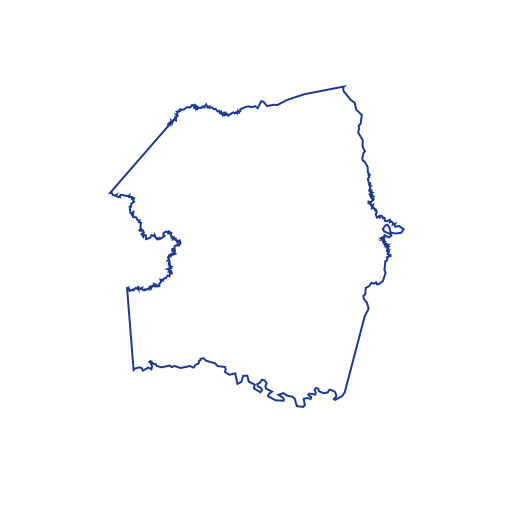 Miraflores, Guaviare, Colombia, rotated 329°
{"feature_id": "7082276B64059951678143", "entity_name": "Miraflores", "entity_type": "district", "adm_level": 2, "iso_a3": "COL", "parent_name": "Colombia", "parent_adm1": "Guaviare", "projection": "albers", "projection_center": [-71.841, 1.327], "detail": "fine", "context": "isolated", "style": "outline", "palette": "blue", "viewbox_px": 512, "rotation_deg": 329, "n_neighbors": 0, "source": "geoboundaries", "source_scale": "gbopen_adm2", "svg_char_len": 6108}
<svg xmlns="http://www.w3.org/2000/svg" viewBox="0 0 512 512"><g transform="rotate(329 256 256)"><path d="M318.2,363.6L325.4,359.2L327.0,353.2L326.4,348.1L327.4,345.6L330.0,345.0L333.6,339.9L337.4,340.1L341.0,338.5L343.3,340.6L345.4,340.4L345.1,342.5L346.3,343.4L351.9,342.8L358.6,336.9L358.9,334.2L364.1,327.1L365.2,327.5L367.7,325.6L367.5,324.6L371.6,325.2L371.6,324.1L370.1,324.1L370.7,322.8L369.9,322.2L370.9,320.6L373.0,321.0L370.8,319.4L372.1,317.9L373.2,318.5L372.6,316.7L374.3,316.4L372.9,315.3L374.6,314.8L373.1,314.4L374.7,313.9L374.2,312.7L372.8,313.9L372.0,312.8L372.8,312.1L372.2,311.0L373.5,310.4L371.5,308.9L374.0,309.7L374.2,307.9L372.3,306.9L374.6,306.6L372.2,305.1L373.7,304.9L375.0,306.1L376.9,304.2L379.6,308.6L382.7,308.1L382.6,306.7L378.5,300.8L378.7,298.1L382.8,296.4L384.7,296.9L385.0,300.3L383.5,305.2L387.0,308.5L392.3,310.9L396.3,309.1L394.2,304.1L390.5,302.6L390.6,300.8L392.0,300.0L389.5,299.5L390.6,298.7L389.7,296.0L388.1,295.9L389.2,293.9L385.7,293.5L384.6,292.2L385.7,289.4L384.3,288.8L384.8,287.3L383.9,285.7L382.7,285.4L383.0,286.4L381.9,286.8L381.6,285.4L379.5,285.4L379.8,282.4L382.9,279.8L381.9,280.0L382.7,278.6L382.5,277.5L381.6,277.7L381.7,275.1L380.0,274.8L382.3,272.5L380.8,272.7L381.2,270.6L379.6,268.4L380.2,267.7L380.4,268.8L380.9,267.9L382.8,269.0L386.0,268.1L386.6,266.7L384.9,266.9L384.9,263.7L386.9,264.5L385.7,262.1L387.2,262.8L386.9,260.4L388.2,261.0L387.0,258.6L388.6,258.8L387.7,257.5L389.2,256.3L389.6,253.8L390.6,254.4L390.1,252.8L391.3,252.4L390.4,251.1L391.7,247.3L393.7,246.8L394.1,244.8L395.4,245.0L394.9,242.2L397.6,237.0L397.7,230.8L396.7,229.5L397.5,226.9L401.6,222.8L403.3,222.4L403.7,217.2L407.1,211.8L407.2,202.7L410.4,199.4L411.0,197.3L413.9,196.4L419.3,189.7L417.3,182.1L419.6,175.2L417.7,171.5L416.0,160.1L417.3,156.5L418.8,156.1L381.0,142.3L363.4,138.3L352.2,137.6L348.9,135.4L342.7,133.2L341.9,127.7L340.3,125.9L333.6,130.2L332.6,127.3L328.4,125.9L327.2,124.2L324.2,123.0L318.1,122.2L317.5,123.6L316.4,123.6L316.5,122.8L315.8,123.8L315.6,123.0L315.2,124.1L314.3,123.0L313.8,123.5L313.9,122.7L312.9,122.6L313.2,123.4L311.1,122.7L310.3,121.1L305.3,121.3L304.6,119.9L304.2,120.6L303.9,119.6L302.1,119.3L303.1,118.1L301.7,118.4L302.1,117.4L300.5,118.1L300.8,117.2L300.1,117.7L299.8,116.7L299.3,117.5L300.3,114.4L298.7,114.7L299.2,112.8L297.6,112.3L297.0,108.8L295.4,108.4L294.7,105.9L292.5,105.0L293.2,103.8L290.9,103.6L291.4,100.4L288.9,101.4L287.9,100.8L288.0,101.7L286.3,100.5L285.2,101.0L282.4,98.3L282.2,99.8L281.4,99.9L281.4,99.1L280.1,99.3L280.7,97.5L279.4,97.2L280.2,95.9L281.9,96.3L281.3,94.7L279.9,94.9L278.9,93.7L277.3,94.6L275.0,94.2L273.9,93.0L269.2,93.2L266.9,91.5L266.9,92.2L264.6,91.7L264.8,92.5L262.9,91.8L263.2,92.5L261.2,93.5L261.1,94.6L260.5,93.9L260.6,95.3L258.9,96.2L258.4,95.3L257.5,96.4L258.2,97.1L257.2,98.7L255.7,96.7L253.4,98.4L253.1,96.4L252.1,98.5L251.8,97.2L250.6,97.3L251.2,97.9L250.2,99.4L249.5,96.9L249.1,98.9L248.1,98.4L247.7,99.4L163.3,126.8L164.9,127.6L164.6,129.6L166.0,131.4L167.9,131.6L166.9,132.1L167.5,133.5L169.7,135.5L170.1,134.3L171.6,133.9L177.4,139.0L178.8,138.7L177.7,140.1L179.7,141.3L179.0,143.1L179.8,143.5L180.0,142.5L181.4,143.6L179.1,145.4L179.4,146.7L175.9,147.0L174.4,149.3L173.1,148.7L170.5,154.6L171.3,155.6L172.5,155.3L171.6,156.2L172.9,156.0L170.6,159.2L173.1,161.0L173.0,164.3L174.6,165.6L173.1,166.8L174.5,168.2L171.3,172.4L171.6,174.1L169.4,173.8L169.6,174.8L172.3,176.0L172.0,178.0L169.2,178.1L169.3,181.1L170.8,179.3L171.2,181.3L172.1,181.4L170.5,185.0L174.9,185.8L177.2,184.3L179.0,187.0L179.9,185.8L179.6,188.9L180.1,189.8L181.2,189.4L179.9,190.7L181.2,191.6L182.8,190.9L183.0,192.0L187.9,191.8L187.3,190.3L188.5,188.8L191.3,188.7L192.7,190.2L192.4,191.5L193.4,191.6L194.0,190.2L194.5,191.1L193.7,191.7L195.2,192.7L193.6,193.9L193.5,195.3L194.4,196.4L195.1,196.0L193.4,197.0L195.0,197.6L193.3,199.0L196.1,199.6L195.3,200.9L196.5,202.1L195.9,202.7L198.7,203.4L198.4,204.3L197.5,203.2L197.0,203.4L197.9,206.1L194.9,207.6L195.7,206.7L195.2,205.2L194.5,206.7L192.2,205.5L190.6,206.3L189.6,208.6L189.2,207.3L187.7,206.9L187.0,208.1L188.4,208.7L188.4,210.0L187.6,209.9L188.1,212.6L185.1,212.0L185.8,210.9L184.5,210.6L183.2,212.1L182.3,210.5L180.1,211.8L180.9,212.6L178.5,214.1L179.5,214.1L179.2,215.6L176.6,218.5L176.9,219.2L177.9,218.6L177.2,220.1L177.9,221.4L175.4,220.8L177.9,223.0L173.7,221.9L174.5,222.7L173.8,224.3L175.5,225.2L175.2,226.3L174.9,225.2L174.5,226.0L173.6,225.6L174.6,227.1L172.7,227.2L171.4,228.8L170.2,227.2L167.1,228.6L165.8,227.9L163.9,228.6L162.5,227.5L162.8,228.7L161.7,228.0L161.2,229.3L158.7,230.1L157.7,232.1L156.2,231.5L156.5,230.5L155.3,228.9L155.5,230.6L154.4,230.6L153.8,228.4L153.4,229.6L151.9,228.2L149.7,229.6L150.3,228.0L149.3,227.4L147.1,229.5L146.7,228.4L143.4,228.2L143.6,227.5L141.8,227.3L141.3,226.1L142.2,224.6L140.1,224.7L139.2,222.5L138.2,224.1L138.3,222.2L137.2,222.9L136.6,221.4L132.2,222.6L133.5,221.4L129.7,220.8L130.3,219.3L129.2,218.8L130.4,217.4L129.0,217.0L92.4,290.6L94.1,290.1L99.0,291.5L100.3,293.3L100.1,296.0L106.3,296.2L108.0,299.2L110.0,297.1L110.7,293.7L110.0,291.9L111.6,291.8L112.5,295.6L114.5,297.5L114.2,298.9L117.7,302.8L125.7,305.5L126.5,307.8L129.5,308.3L133.7,313.2L142.7,316.3L145.0,319.5L148.1,318.1L151.6,318.6L152.8,316.7L154.7,316.7L155.4,315.6L158.4,316.5L159.3,320.1L165.7,327.0L166.4,330.6L172.3,335.2L171.6,337.7L169.6,339.4L172.0,344.1L177.8,345.9L174.2,356.0L178.5,356.4L183.3,352.1L186.9,354.1L185.1,359.9L188.7,365.7L186.0,368.3L189.6,375.1L192.0,374.2L192.5,372.1L190.4,368.6L191.0,366.5L194.2,366.6L197.2,365.1L199.4,367.2L199.5,370.7L197.0,372.4L196.3,374.8L199.9,380.5L195.8,380.9L194.1,382.3L198.4,389.7L205.0,394.2L206.1,393.2L206.1,391.1L203.8,386.6L208.9,387.7L210.6,391.5L214.5,395.2L215.7,398.0L213.7,405.7L218.6,409.6L221.0,409.1L223.3,403.0L226.4,403.9L229.3,406.6L230.7,405.2L229.3,402.5L229.7,401.5L231.0,401.5L235.4,405.3L236.9,403.9L237.3,400.9L239.4,400.0L241.0,401.8L240.3,404.3L243.2,408.4L247.0,409.9L250.2,408.4L252.8,411.4L253.7,413.3L253.1,416.6L252.3,417.9L249.1,418.7L249.8,420.1L257.4,420.5L261.9,418.5L318.2,363.6Z" fill="none" stroke="#1e3a8a" stroke-width="2"/></g></svg>